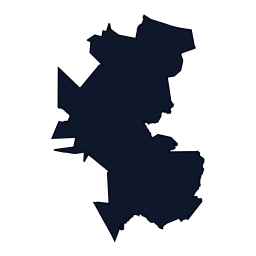 Dr. Belisario Domínguez, Chihuahua, Mexico
{"feature_id": "50627088B53231411399009", "entity_name": "Dr. Belisario Domínguez", "entity_type": "district", "adm_level": 2, "iso_a3": "MEX", "parent_name": "Mexico", "parent_adm1": "Chihuahua", "projection": "orthographic", "projection_center": [-106.401, 27.994], "detail": "fine", "context": "isolated", "style": "filled", "palette": "ink", "viewbox_px": 256, "rotation_deg": 0, "n_neighbors": 0, "source": "geoboundaries", "source_scale": "gbopen_adm2", "svg_char_len": 5914}
<svg xmlns="http://www.w3.org/2000/svg" viewBox="0 0 256 256"><path d="M58.3,107.2L59.4,108.0L60.8,107.4L61.7,108.1L64.6,109.7L65.4,110.8L70.0,114.8L70.3,116.4L69.1,119.3L68.7,119.6L67.9,121.6L67.5,121.7L66.1,121.5L65.2,121.5L64.0,121.8L63.4,122.2L62.6,122.4L62.5,122.6L59.1,121.7L52.2,138.2L76.0,137.1L74.0,147.2L53.9,149.9L63.5,151.8L67.0,152.0L73.1,153.1L76.2,153.2L84.6,151.8L84.0,161.7L88.2,154.3L92.6,157.6L109.5,171.4L107.7,172.9L109.1,199.4L109.2,203.7L97.7,202.4L95.3,202.9L94.1,202.7L112.2,235.3L114.7,240.6L118.7,229.8L121.7,223.0L121.8,222.8L121.7,223.6L120.8,226.0L120.9,226.8L120.7,227.2L120.7,227.9L120.5,228.2L120.6,229.1L121.2,229.6L121.4,229.6L122.8,229.3L123.0,229.3L123.5,228.5L123.5,228.4L123.2,227.9L123.0,226.8L123.5,226.5L123.6,226.1L123.2,225.1L123.2,224.4L123.0,224.1L123.0,223.9L123.9,223.8L124.3,222.7L124.8,222.2L125.3,222.1L125.7,222.8L125.9,222.8L126.7,221.1L127.2,220.8L128.0,220.6L128.6,220.1L128.8,219.6L129.0,218.6L129.4,218.3L129.3,218.0L129.3,217.8L129.7,217.9L130.0,218.2L130.4,218.2L130.8,217.2L131.5,216.3L131.8,216.4L132.0,216.8L132.3,216.8L132.6,216.4L132.7,216.2L132.4,215.5L132.5,215.3L132.8,215.2L133.0,214.8L133.5,214.8L133.8,214.4L134.1,214.2L134.7,214.2L135.2,214.4L135.8,214.2L136.6,214.5L136.8,213.8L137.0,213.8L137.6,214.8L137.9,214.9L138.2,214.5L138.8,215.2L139.0,214.2L139.7,213.6L140.3,213.6L140.8,213.4L141.0,213.6L141.1,214.2L142.0,214.8L142.2,215.2L143.1,215.8L144.7,216.1L145.0,216.3L145.0,216.6L145.4,216.6L145.8,215.7L146.0,215.5L146.3,215.5L146.4,216.0L146.2,216.6L146.2,216.8L146.9,217.8L147.3,218.6L147.6,219.0L148.0,219.1L148.1,219.5L148.9,220.0L149.1,220.5L150.0,221.3L150.3,221.7L150.7,221.8L151.0,221.8L152.3,222.3L153.0,221.8L154.7,222.1L155.1,222.6L155.3,223.2L157.0,224.5L158.0,224.8L158.5,225.1L158.3,226.3L158.9,226.7L159.6,227.5L160.2,227.9L161.5,228.2L162.4,228.6L162.6,228.5L162.6,228.3L162.6,228.1L162.1,227.4L162.2,226.9L162.9,226.3L163.9,225.0L164.5,224.5L165.2,224.2L165.9,223.3L168.8,222.2L177.5,218.6L179.1,217.7L179.5,218.2L180.1,219.6L181.0,220.5L181.3,221.0L183.2,219.2L184.5,219.1L185.2,218.4L185.7,218.2L185.8,218.5L186.4,218.4L187.3,218.7L187.5,218.8L187.8,219.2L201.7,201.3L201.3,200.9L201.4,199.3L201.1,198.9L200.4,198.8L199.4,199.0L197.8,199.1L197.2,198.6L197.0,198.3L197.0,197.3L196.8,196.9L195.4,196.7L194.6,197.0L194.0,197.0L193.9,196.9L194.0,196.6L193.6,196.3L193.2,195.1L193.2,194.7L193.8,194.6L194.1,194.2L194.1,193.8L194.3,193.4L194.3,193.1L194.7,192.7L194.9,192.3L194.9,191.9L195.6,191.6L195.9,191.1L196.4,190.6L196.5,190.3L197.0,189.9L197.3,188.8L198.2,188.8L198.4,188.3L198.2,187.3L198.3,186.9L198.3,186.7L198.9,186.2L198.9,185.7L199.5,186.1L199.8,185.6L199.6,185.1L199.7,184.7L199.8,184.7L199.7,184.5L199.8,184.3L199.4,183.5L199.6,182.4L199.5,181.4L199.6,180.1L199.8,179.5L199.7,179.1L200.0,178.5L199.8,178.0L200.0,177.7L200.3,177.5L200.5,177.1L200.5,176.5L200.7,175.9L200.7,175.5L200.9,175.2L201.1,174.3L201.7,173.9L202.1,173.7L202.1,173.1L202.4,172.9L202.4,172.4L202.8,171.4L202.8,171.1L202.9,170.9L202.9,170.5L203.3,170.0L203.1,169.7L203.4,169.1L203.3,168.8L202.8,168.4L202.3,167.8L202.1,167.1L202.2,166.6L202.2,166.0L202.0,165.5L202.4,164.7L202.6,163.7L203.1,163.0L203.4,162.0L203.8,161.8L203.6,161.1L203.6,160.4L203.7,160.0L203.6,159.6L203.7,159.3L203.2,158.6L202.4,158.2L202.1,158.2L202.1,157.9L201.5,157.6L201.2,157.0L200.7,156.9L200.4,157.0L200.1,156.7L199.8,156.8L199.6,156.3L199.2,156.1L199.4,155.7L199.2,155.4L199.3,155.0L199.1,154.9L199.1,154.5L199.3,154.2L199.4,153.8L199.2,153.4L199.1,152.8L198.5,152.7L198.3,152.5L198.3,152.0L197.8,151.5L193.1,151.9L192.6,151.8L168.1,152.1L168.9,151.2L169.8,150.4L169.9,150.1L171.5,149.0L172.3,149.2L172.5,149.2L172.8,148.8L173.6,148.9L174.5,148.2L174.9,147.9L174.9,147.6L174.1,147.0L174.6,146.4L174.9,145.3L174.5,144.7L175.2,144.4L175.5,144.3L175.7,144.5L175.7,145.1L175.9,145.4L176.5,145.5L176.7,145.4L176.9,145.2L177.1,144.7L177.1,144.2L176.9,143.8L177.0,143.6L171.0,137.7L169.5,137.3L157.9,134.7L152.6,138.1L151.8,137.5L150.9,136.0L150.5,135.5L150.5,134.2L150.4,133.8L150.5,133.7L149.2,132.0L148.9,131.9L148.4,131.0L148.2,130.8L148.2,130.3L147.9,129.6L147.1,129.1L145.6,125.9L144.5,124.7L144.1,123.2L143.4,122.3L143.9,121.7L143.8,121.1L144.1,121.1L144.4,120.8L144.6,120.8L144.8,121.0L144.9,121.6L145.3,122.2L146.4,122.3L147.2,121.9L147.8,122.0L148.5,122.4L148.4,122.6L148.2,122.7L148.1,123.2L148.3,123.3L148.3,123.6L148.5,123.8L151.0,122.5L151.6,122.6L152.1,122.4L153.9,122.6L154.5,122.8L154.9,122.7L155.7,122.3L156.2,122.2L156.3,122.1L157.1,122.1L157.8,121.6L158.9,119.4L160.5,116.8L160.7,116.0L160.9,114.6L160.7,113.9L161.3,112.0L161.5,111.7L161.9,111.6L163.1,111.8L163.7,111.2L163.8,111.2L164.2,111.6L164.2,111.3L164.3,111.2L164.9,111.4L165.2,111.3L165.6,111.6L165.6,111.9L165.9,112.0L166.9,112.8L167.7,113.1L167.9,113.2L168.4,112.9L169.2,112.8L170.0,113.0L170.3,112.9L170.4,112.4L170.3,111.9L170.6,111.5L170.2,110.2L169.9,109.8L169.6,109.6L169.4,109.3L170.2,108.8L170.4,107.8L171.5,107.2L172.8,106.3L172.9,106.0L173.0,104.9L173.3,104.7L173.1,104.2L172.7,104.1L172.5,103.8L171.7,103.5L171.7,102.5L171.0,102.2L171.0,101.7L170.6,101.6L170.6,101.4L170.2,101.2L170.5,100.6L170.2,100.3L170.2,100.1L170.5,100.0L167.0,77.0L174.2,75.8L180.5,70.2L182.6,60.6L180.7,54.9L181.1,52.9L195.0,47.9L193.9,45.3L191.1,30.1L180.5,28.5L172.1,26.6L164.3,23.9L150.7,19.7L144.1,15.4L144.0,15.6L144.1,15.8L143.8,16.1L143.7,16.6L143.4,17.0L143.5,17.4L143.3,17.7L143.5,18.1L143.9,18.3L144.0,18.5L144.1,18.9L143.9,19.8L143.3,20.7L143.2,21.6L142.7,22.9L141.9,23.8L141.6,24.5L141.5,25.1L141.1,25.2L140.9,25.1L140.7,24.8L140.4,25.1L139.9,25.1L139.5,25.6L138.9,26.1L138.1,27.5L137.5,29.4L137.7,29.8L136.0,38.7L118.5,35.3L110.6,29.5L109.5,24.1L109.1,23.9L106.6,31.8L103.1,31.0L102.1,37.1L94.9,35.2L87.1,40.4L87.6,40.3L88.6,40.8L89.4,40.8L90.6,41.5L91.1,41.6L90.2,52.5L94.0,56.2L102.6,64.8L99.5,65.2L80.0,88.7L58.5,68.0L58.3,107.2Z" fill="#0f172a" stroke="#020617" stroke-width="1.5"/></svg>